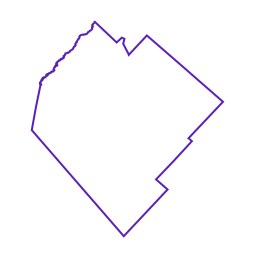 the district of Saavedra, Buenos Aires, Argentina, rotated 177°
{"feature_id": "61730980B51540343691170", "entity_name": "Saavedra", "entity_type": "district", "adm_level": 2, "iso_a3": "ARG", "parent_name": "Argentina", "parent_adm1": "Buenos Aires", "projection": "robinson", "projection_center": [-62.205, -37.742], "detail": "fine", "context": "isolated", "style": "outline", "palette": "violet", "viewbox_px": 256, "rotation_deg": 177, "n_neighbors": 0, "source": "geoboundaries", "source_scale": "gbopen_adm2", "svg_char_len": 5003}
<svg xmlns="http://www.w3.org/2000/svg" viewBox="0 0 256 256"><g transform="rotate(177 128 128)"><path d="M137.9,20.2L91.7,64.5L102.7,75.2L84.3,92.5L64.9,111.5L68.1,114.6L31.8,149.2L68.0,184.4L104.3,219.4L123.4,201.0L123.8,202.4L124.9,204.7L128.4,212.4L126.9,217.3L129.5,218.5L134.8,214.0L155.6,235.8L155.8,235.7L155.9,235.3L156.0,235.0L156.2,234.8L156.4,234.6L156.6,234.3L156.9,234.2L157.1,234.0L157.4,233.8L157.5,233.6L157.7,233.3L157.9,233.1L158.0,233.0L158.2,232.9L158.3,232.8L158.4,232.5L158.2,232.3L158.0,232.0L157.8,231.7L157.7,231.4L157.8,231.2L158.0,230.9L158.4,230.9L158.6,230.8L158.7,230.6L158.7,230.4L158.7,230.1L158.6,229.8L158.5,229.7L158.4,229.4L158.4,229.2L158.8,228.7L159.1,228.2L159.4,228.1L159.6,227.8L160.1,227.4L160.4,227.2L161.0,227.1L161.2,226.9L161.6,226.4L161.8,226.3L162.1,226.1L162.5,226.1L162.8,225.9L163.0,225.6L163.2,225.3L163.3,225.0L163.5,224.8L163.7,224.5L164.0,224.3L164.3,224.2L164.5,224.1L164.5,224.3L164.9,224.2L165.2,224.0L165.5,223.9L166.1,223.8L166.5,223.7L166.9,223.7L167.3,223.5L167.5,223.4L167.8,223.6L168.0,223.7L168.3,223.6L168.6,223.5L168.8,223.5L169.1,223.4L169.3,223.4L169.7,223.4L170.3,223.2L170.5,223.1L170.9,222.8L171.1,222.7L171.2,222.4L171.3,222.2L171.5,222.2L171.8,221.8L171.7,221.5L171.7,221.2L171.8,221.1L171.9,220.7L171.9,220.3L172.0,220.0L172.2,219.9L172.5,219.7L172.8,219.7L173.0,219.5L173.2,219.3L173.5,218.7L173.8,218.3L173.9,218.0L174.2,217.6L174.7,217.1L174.9,216.8L174.9,216.6L174.7,216.3L174.8,216.1L175.0,216.0L175.4,215.9L175.6,215.7L175.7,215.4L175.9,215.1L176.1,214.9L176.0,214.6L175.9,214.3L176.0,213.7L176.0,213.4L176.2,213.1L176.3,213.1L176.5,213.2L176.7,212.7L176.8,212.4L177.0,212.4L177.6,212.1L177.8,211.9L177.8,211.7L178.0,211.6L178.3,211.2L178.4,210.8L178.5,210.3L178.5,210.1L178.7,209.9L178.9,209.8L179.1,209.7L179.3,209.6L179.4,209.4L179.6,209.2L180.0,209.0L180.2,208.9L180.5,208.7L181.0,208.5L181.2,208.4L181.5,208.3L181.7,208.2L182.0,207.8L182.0,207.7L182.0,207.4L182.1,207.2L182.5,207.1L182.9,206.9L183.0,206.7L183.3,206.6L183.6,206.4L183.9,206.3L184.0,206.2L184.1,206.3L184.6,206.4L184.8,206.3L184.9,206.2L185.4,206.1L185.7,205.9L185.9,205.8L186.1,205.7L186.4,205.6L186.6,205.6L186.6,205.4L186.8,205.1L186.8,204.9L187.0,204.6L187.1,204.4L187.2,204.2L187.3,204.0L187.3,203.8L187.3,203.7L187.6,203.5L187.9,203.4L188.1,203.4L188.4,203.4L188.5,203.4L188.6,203.2L188.6,202.7L188.3,202.4L188.3,202.2L188.5,202.2L188.5,201.7L188.8,201.7L189.0,201.7L189.4,201.4L189.5,201.2L189.4,201.1L189.4,200.9L189.6,200.8L189.9,200.8L189.9,200.6L190.0,200.6L190.5,200.6L190.8,200.3L191.2,200.4L191.4,200.4L191.7,200.3L191.8,200.0L191.6,199.7L191.9,199.4L192.3,199.2L192.6,199.1L192.9,199.2L193.1,199.2L193.2,198.9L193.4,198.9L193.6,199.0L193.9,198.6L194.0,198.4L194.2,198.2L194.4,198.2L194.6,198.1L194.8,197.8L195.1,197.7L195.3,197.0L195.6,197.1L195.9,197.0L195.9,196.7L195.9,196.2L195.8,195.9L195.7,195.7L195.8,195.6L196.0,195.6L196.4,195.6L196.4,195.2L196.2,195.1L195.9,195.0L195.7,195.0L195.6,194.9L195.7,194.7L195.7,194.4L195.5,194.1L195.8,193.9L196.0,194.0L196.1,193.9L196.4,193.8L196.5,193.9L196.6,194.1L196.6,194.3L196.8,194.3L196.9,194.2L197.1,194.0L197.3,193.9L197.5,193.8L197.6,193.7L197.7,193.4L197.7,193.0L197.7,192.9L197.9,192.8L197.9,192.7L197.9,192.4L198.0,192.3L198.4,192.2L198.6,192.0L198.8,191.8L198.9,191.6L198.9,191.3L199.0,190.9L199.2,190.6L199.0,190.2L199.0,189.9L198.8,189.9L198.6,189.9L198.5,189.7L198.5,189.4L198.9,189.3L199.2,189.2L199.4,189.1L199.6,189.1L199.7,188.9L199.6,188.7L199.6,188.4L199.9,188.2L200.1,188.2L200.4,188.3L200.6,188.2L200.9,188.3L201.4,188.4L201.6,188.3L201.8,188.1L201.9,187.8L202.0,187.5L202.2,187.2L202.3,187.0L202.5,187.0L203.0,187.0L203.5,186.9L204.3,186.8L204.4,186.7L204.5,186.5L204.6,186.4L204.9,186.3L205.0,186.1L204.9,186.0L204.6,185.9L204.6,185.7L204.9,185.5L205.1,185.4L205.4,185.5L205.4,185.8L205.4,186.0L205.5,186.0L205.8,186.0L205.8,185.8L205.7,185.7L205.5,185.2L205.9,185.1L206.3,185.3L206.5,185.4L206.8,185.4L206.9,185.2L206.8,184.9L206.3,184.7L206.2,184.6L206.5,184.1L206.8,184.0L207.0,184.0L207.3,183.9L207.5,183.6L207.6,183.4L207.8,183.3L208.0,183.0L208.3,182.8L208.5,182.7L208.7,182.8L208.9,182.9L209.1,183.0L209.3,183.1L209.5,183.0L209.7,182.9L209.8,182.7L209.8,182.3L209.8,182.0L210.0,181.8L210.1,181.7L210.3,181.8L210.3,182.1L210.7,182.3L210.8,182.1L210.9,181.9L210.6,181.7L210.4,181.5L210.4,181.4L210.5,181.3L210.7,180.8L210.8,180.7L210.9,180.4L211.1,180.4L211.4,180.7L211.7,180.8L211.8,180.7L212.0,180.4L211.9,180.2L211.7,179.9L211.7,179.7L211.9,179.5L212.1,179.5L212.3,179.4L212.5,179.3L212.6,179.1L212.6,178.9L212.7,178.7L213.0,178.3L213.1,178.2L213.5,178.0L213.6,177.8L213.5,177.7L213.2,177.7L212.9,177.5L212.9,177.3L212.9,177.1L213.0,177.0L213.4,177.0L213.5,176.9L213.4,176.7L213.1,176.6L212.9,176.6L212.7,176.5L212.7,176.3L212.7,176.2L213.1,176.1L213.3,175.9L213.2,175.8L212.9,175.8L212.6,175.8L212.5,175.7L212.7,175.4L212.8,175.3L213.1,175.2L213.3,175.0L213.3,174.9L219.0,153.0L224.2,130.9L137.9,20.2Z" fill="none" stroke="#5b21b6" stroke-width="2"/></g></svg>